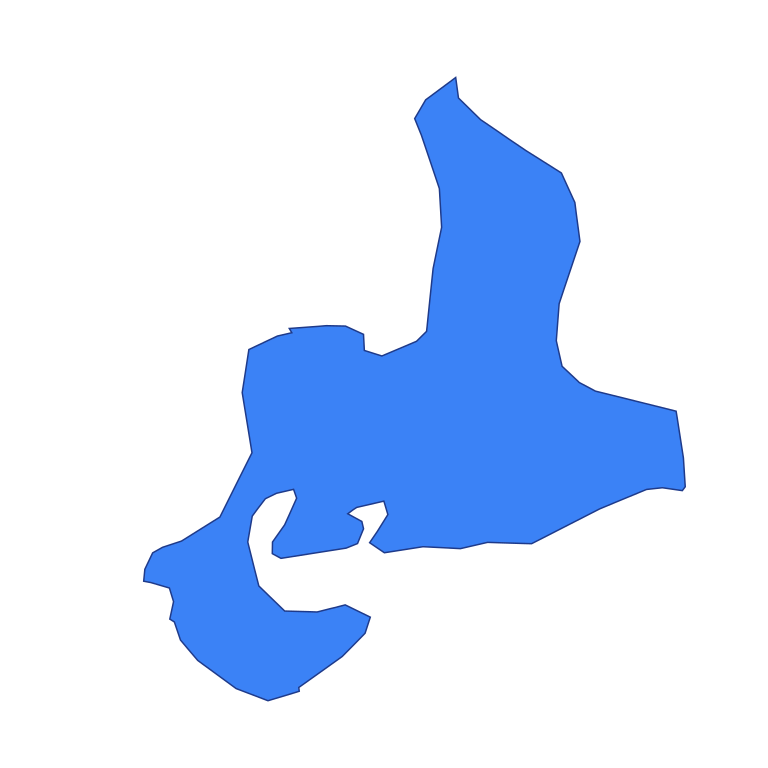 Zoe-Gbao, Nimba, Liberia, rotated 167°
{"feature_id": "62588387B27641742881305", "entity_name": "Zoe-Gbao", "entity_type": "district", "adm_level": 2, "iso_a3": "LBR", "parent_name": "Liberia", "parent_adm1": "Nimba", "projection": "albers", "projection_center": [-8.687, 6.996], "detail": "fine", "context": "isolated", "style": "filled", "palette": "blue", "viewbox_px": 768, "rotation_deg": 167, "n_neighbors": 0, "source": "geoboundaries", "source_scale": "gbopen_adm2", "svg_char_len": 1983}
<svg xmlns="http://www.w3.org/2000/svg" viewBox="0 0 768 768"><g transform="rotate(167 384 384)"><path d="M463.8,459.4L462.3,454.7L474.3,454.7L477.1,454.7L485.4,452.9L507.9,448.0L517.2,424.7L524.1,407.5L526.6,369.3L528.1,346.7L546.3,324.7L573.8,291.3L616.7,276.5L622.3,276.0L636.5,274.7L647.4,271.5L658.7,257.3L662.5,245.9L655.9,243.0L639.0,233.5L638.0,219.3L645.6,203.1L641.8,199.3L639.9,180.3L634.8,170.3L631.9,164.7L627.7,156.6L623.1,151.2L600.2,124.7L596.6,120.5L593.0,118.1L568.3,101.5L539.3,103.4L535.7,103.7L535.3,107.5L533.3,108.3L493.9,124.6L486.0,127.9L471.3,137.2L458.5,145.4L449.8,159.9L471.5,177.5L482.8,177.2L486.4,177.2L500.5,176.9L507.2,178.7L531.8,185.1L543.3,202.8L551.4,215.4L551.8,232.9L552.3,260.7L542.1,284.9L535.1,290.9L525.4,298.9L513.4,301.7L495.8,301.7L494.8,292.4L505.6,278.1L512.5,269.1L528.2,255.1L531.0,243.9L530.1,243.0L523.6,237.3L478.6,234.1L457.8,232.6L445.7,234.5L437.8,245.7L436.5,247.5L436.5,255.0L448.5,265.7L442.4,268.4L438.3,269.9L410.5,269.9L410.3,267.4L409.6,255.9L423.6,241.9L433.7,232.6L427.8,226.2L421.6,219.5L400.9,218.0L382.7,216.7L379.8,215.9L359.4,210.1L346.6,206.4L345.8,206.4L318.7,206.4L303.6,202.4L289.9,198.8L285.0,197.5L276.1,195.2L243.0,203.5L205.9,212.8L201.9,213.8L185.4,216.6L151.9,222.2L136.1,220.3L117.3,213.0L113.6,216.1L108.9,244.6L105.9,285.5L105.5,291.8L141.6,310.2L169.7,324.5L179.6,329.5L193.5,341.6L194.2,342.8L206.5,361.2L206.5,366.6L206.4,387.4L200.6,405.9L195.3,422.8L186.9,436.6L161.0,478.8L159.8,491.3L158.2,508.2L157.5,514.8L157.2,518.0L158.2,522.7L163.7,549.7L170.0,556.1L193.3,579.6L206.6,593.9L220.3,608.9L230.4,619.8L247.1,645.9L245.2,666.5L279.5,651.5L289.1,641.3L294.4,635.7L291.6,618.0L288.9,590.8L286.1,562.0L286.7,558.3L292.6,523.7L293.8,521.1L298.1,511.8L310.2,485.4L320.4,455.7L328.4,432.3L329.0,430.5L330.7,425.7L342.7,418.3L371.1,413.3L379.8,411.8L395.6,421.1L392.8,437.0L401.9,444.0L408.5,449.1L427.1,453.8L434.7,454.9L463.8,459.4Z" fill="#3b82f6" stroke="#1e3a8a" stroke-width="1.5"/></g></svg>